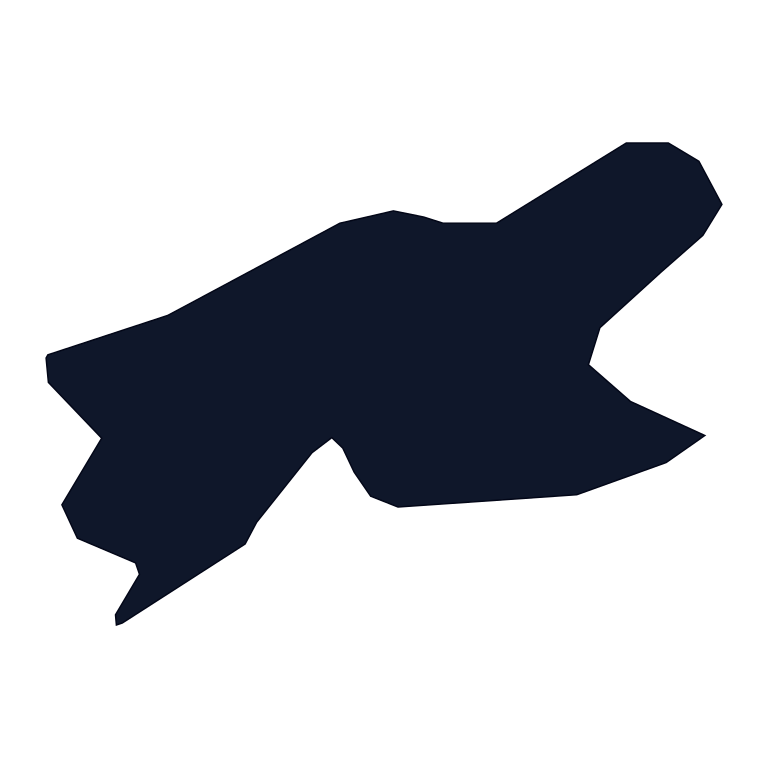 an SVG outline of Newport
{"feature_id": "GBR-2133", "entity_name": "Newport", "entity_type": "Unitary Authority (wales)", "adm_level": 1, "iso_a3": "GBR", "parent_name": "United Kingdom", "parent_adm1": "", "projection": "albers", "projection_center": [-2.954, 51.579], "detail": "fine", "context": "isolated", "style": "filled", "palette": "ink", "viewbox_px": 768, "rotation_deg": 0, "n_neighbors": 0, "source": "natural_earth", "source_scale": "10m", "svg_char_len": 607}
<svg xmlns="http://www.w3.org/2000/svg" viewBox="0 0 768 768"><path d="M704.8,435.5L666.2,462.5L576.8,494.7L398.0,507.0L370.7,496.2L354.2,472.2L342.8,448.1L331.8,437.6L312.0,452.7L256.6,522.3L245.1,544.0L122.3,623.0L116.4,625.0L115.5,614.8L139.5,574.3L135.6,562.9L77.4,538.2L61.9,504.8L101.7,438.2L48.4,382.4L46.1,358.0L47.9,354.8L167.8,315.4L211.2,292.2L339.9,223.2L360.1,218.6L393.4,210.9L423.9,217.1L443.0,223.2L496.5,223.2L626.3,143.0L668.3,143.0L698.9,161.3L721.9,204.4L702.9,235.3L660.9,272.2L599.9,327.7L588.4,364.7L630.5,401.5L704.8,435.5Z" fill="#0f172a" stroke="#020617" stroke-width="1.5"/></svg>